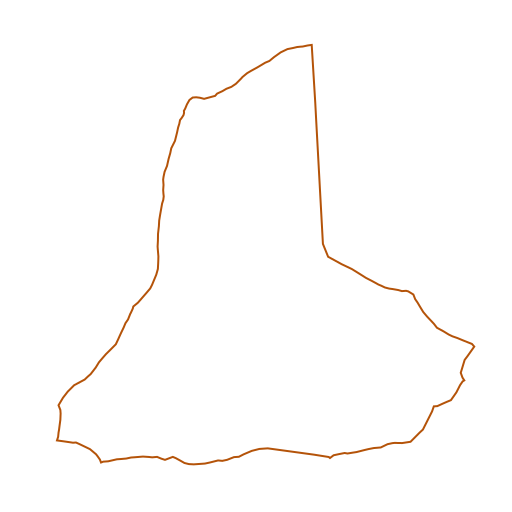 the district of Idanre, Ondo, Nigeria, rotated 266°
{"feature_id": "59680162B2298430697284", "entity_name": "Idanre", "entity_type": "district", "adm_level": 2, "iso_a3": "NGA", "parent_name": "Nigeria", "parent_adm1": "Ondo", "projection": "mercator", "projection_center": [5.189, 6.977], "detail": "fine", "context": "isolated", "style": "outline", "palette": "amber", "viewbox_px": 512, "rotation_deg": 266, "n_neighbors": 0, "source": "geoboundaries", "source_scale": "gbopen_adm2", "svg_char_len": 2708}
<svg xmlns="http://www.w3.org/2000/svg" viewBox="0 0 512 512"><g transform="rotate(266 256 256)"><path d="M49.3,315.7L51.8,319.5L52.6,325.1L53.3,330.7L52.6,333.5L53.1,338.9L53.4,342.6L54.8,350.3L55.5,354.5L56.2,360.1L56.3,367.1L59.1,374.1L59.8,379.0L59.9,381.8L59.8,382.0L59.2,388.8L59.9,397.2L68.4,406.9L71.2,410.4L88.7,420.8L93.6,422.9L93.6,426.4L95.7,432.0L97.2,436.2L98.6,440.4L106.0,446.4L109.5,448.5L113.0,450.6L116.5,453.4L117.4,455.1L120.3,453.5L125.2,452.1L137.8,456.9L141.0,459.7L142.7,461.1L150.4,467.4L153.2,465.3L157.3,456.8L160.1,451.2L162.2,446.3L164.2,442.8L167.7,437.9L171.8,431.5L176.0,428.7L183.7,422.4L188.5,418.9L194.1,416.0L198.3,413.9L201.8,411.8L206.6,410.3L210.1,405.4L210.8,403.3L210.8,399.1L212.1,395.6L212.8,392.8L213.5,390.0L214.2,386.6L215.6,382.4L217.6,378.9L219.0,376.1L220.4,374.0L223.2,369.6L226.6,364.0L228.7,361.2L236.3,350.7L237.1,349.3L241.9,340.8L250.2,327.9L263.4,323.6L387.0,325.5L404.5,325.8L462.7,326.3L462.4,322.1L461.7,317.2L461.7,314.9L461.6,311.6L460.9,307.4L460.2,301.8L457.4,294.8L453.1,287.8L449.6,282.9L448.2,278.7L444.0,270.4L441.1,264.1L439.0,259.9L435.5,255.0L434.1,253.6L429.2,248.0L426.4,243.1L424.9,238.2L422.8,234.0L420.7,228.5L418.6,226.4L416.4,215.2L417.8,211.0L418.5,207.4L418.5,203.9L416.3,200.5L412.1,197.7L407.9,195.6L405.8,194.2L403.7,194.2L401.6,193.5L398.8,191.4L396.9,189.7L393.2,188.7L389.7,187.3L384.8,185.9L376.5,183.2L369.4,179.0L364.5,177.6L359.0,175.6L352.0,173.5L346.4,170.7L341.5,169.3L338.7,168.7L336.6,168.7L333.3,168.7L328.2,168.0L324.7,168.0L321.9,168.1L318.4,167.4L314.9,166.0L309.3,164.6L303.7,163.2L298.1,161.9L292.5,161.2L284.9,159.8L277.9,159.2L272.3,158.5L269.5,158.5L262.5,158.6L259.2,158.3L255.5,157.9L249.9,157.2L244.3,155.2L238.7,152.4L234.5,150.3L231.0,148.2L226.8,144.1L222.6,139.9L217.7,135.0L214.2,130.1L212.1,129.4L207.9,127.1L207.2,126.6L201.6,123.9L198.1,121.1L193.9,119.0L189.0,116.2L185.9,114.5L182.7,112.8L177.7,110.0L172.8,104.4L168.6,99.5L165.1,96.0L160.9,91.9L156.0,88.4L153.4,86.1L149.7,82.8L147.6,80.0L144.7,76.5L139.8,65.6L133.9,58.8L128.1,53.6L120.9,48.6L116.0,50.1L112.5,50.1L106.2,49.4L99.9,48.1L96.4,47.4L93.6,46.7L89.4,46.0L85.9,44.6L84.6,50.9L83.2,57.3L82.5,60.4L82.5,63.4L80.5,67.1L77.7,72.0L74.9,76.9L69.4,82.6L67.3,84.0L63.8,86.1L60.8,87.0L61.5,89.3L61.5,94.2L62.9,103.0L62.9,106.8L63.0,112.4L63.7,117.3L63.7,121.5L63.8,129.2L63.0,135.1L62.4,138.4L62.5,143.3L60.4,147.5L59.0,151.0L61.4,159.0L60.0,161.8L57.3,166.0L54.5,170.2L53.1,174.5L52.5,179.4L52.5,182.2L52.5,185.7L52.5,187.8L52.5,190.6L53.2,195.5L54.7,203.9L54.0,208.1L54.7,213.0L56.9,220.0L56.9,224.9L59.0,229.8L61.9,238.2L63.3,245.9L63.3,254.3L53.8,299.9L50.4,314.6L49.3,315.7Z" fill="none" stroke="#b45309" stroke-width="2"/></g></svg>